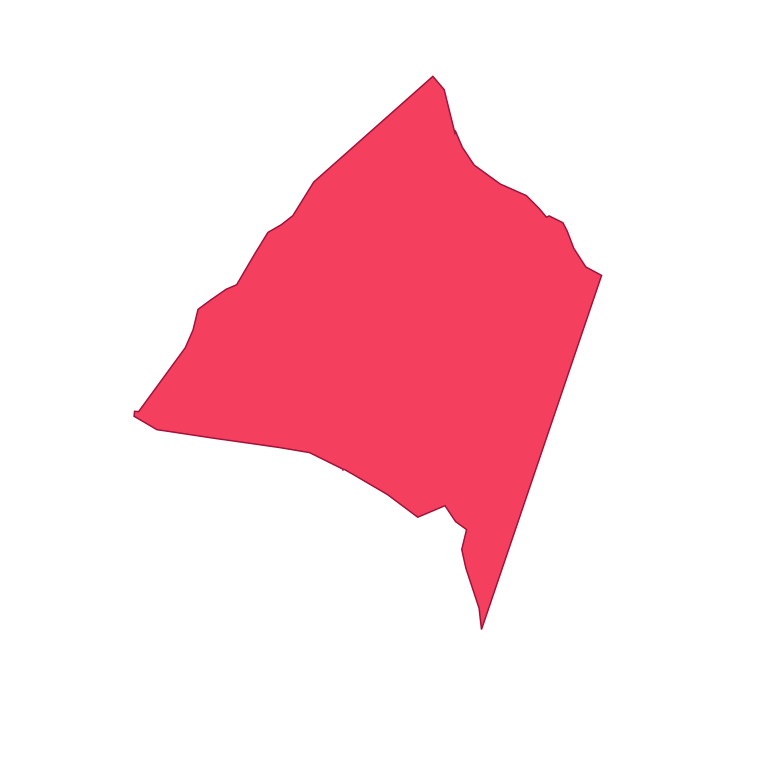 Ravine Claire, Soufrière, Saint Lucia (Equal Earth projection), rotated 157°
{"feature_id": "8701671B59921054204413", "entity_name": "Ravine Claire", "entity_type": "district", "adm_level": 2, "iso_a3": "LCA", "parent_name": "Saint Lucia", "parent_adm1": "Soufrière", "projection": "equal_earth", "projection_center": [-61.028, 13.854], "detail": "fine", "context": "isolated", "style": "filled", "palette": "rose", "viewbox_px": 768, "rotation_deg": 157, "n_neighbors": 0, "source": "geoboundaries", "source_scale": "gbopen_adm2", "svg_char_len": 771}
<svg xmlns="http://www.w3.org/2000/svg" viewBox="0 0 768 768"><g transform="rotate(157 384 384)"><path d="M390.2,119.9L141.3,398.9L152.5,412.9L156.3,434.7L155.6,453.2L156.3,462.5L166.3,474.2L169.3,474.1L172.5,484.6L179.3,501.7L198.9,522.7L215.5,550.3L219.4,571.3L219.4,588.4L220.7,587.1L213.6,631.4L218.8,648.1L369.7,597.4L402.1,574.6L416.1,570.8L431.6,568.9L452.8,553.8L480.9,532.9L492.2,532.9L510.5,529.1L526.0,525.4L538.7,508.3L552.8,495.0L620.6,454.5L624.3,456.3L626.7,451.9L626.1,451.2L610.9,430.7L560.9,400.0L506.6,367.3L479.4,350.0L454.8,321.3L455.1,320.9L454.5,320.9L453.8,320.8L449.4,315.0L424.1,281.0L405.0,248.2L375.4,248.2L371.9,229.4L364.9,217.7L377.1,201.3L380.6,182.6L384.1,140.4L390.2,119.9Z" fill="#f43f5e" stroke="#9f1239" stroke-width="1.5"/></g></svg>